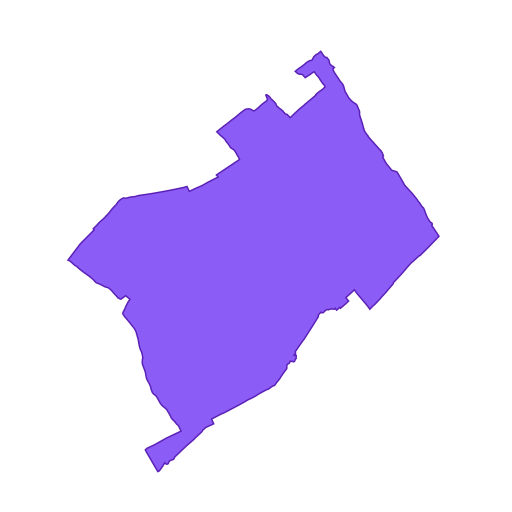 outline of Draguseni, Iasi, Romania, rotated 162°
{"feature_id": "2599482B87373690339338", "entity_name": "Draguseni", "entity_type": "district", "adm_level": 2, "iso_a3": "ROU", "parent_name": "Romania", "parent_adm1": "Iasi", "projection": "orthographic", "projection_center": [27.486, 46.891], "detail": "fine", "context": "isolated", "style": "filled", "palette": "violet", "viewbox_px": 512, "rotation_deg": 162, "n_neighbors": 0, "source": "geoboundaries", "source_scale": "gbopen_adm2", "svg_char_len": 6107}
<svg xmlns="http://www.w3.org/2000/svg" viewBox="0 0 512 512"><g transform="rotate(162 256 256)"><path d="M364.1,352.2L367.3,351.6L369.0,350.9L370.5,350.1L373.4,347.9L374.9,347.2L378.2,345.3L382.9,342.2L384.5,341.2L386.2,340.5L387.1,339.8L391.0,337.9L393.7,336.8L396.2,335.5L397.5,334.7L402.4,332.2L402.0,330.8L419.3,321.9L436.1,310.2L434.3,308.4L433.6,307.3L432.1,304.6L431.4,303.4L429.4,301.0L428.6,299.3L425.6,294.7L420.6,288.0L418.0,283.7L416.6,280.5L415.7,279.5L413.0,277.3L409.6,273.8L408.8,273.1L406.4,271.5L405.8,270.8L404.2,268.1L403.1,265.5L402.3,263.6L400.8,260.4L400.2,258.8L399.5,258.4L398.9,257.5L398.5,257.0L397.9,256.7L396.4,257.1L392.3,258.5L389.2,253.9L392.3,251.4L395.8,247.9L396.7,246.6L399.9,243.5L400.4,242.6L400.5,242.1L400.2,240.7L399.3,237.9L398.1,235.3L394.0,224.3L393.7,222.3L393.5,220.7L393.6,218.4L393.7,216.2L393.8,213.3L394.6,207.7L394.8,206.3L394.9,202.9L394.6,201.0L394.5,199.6L394.8,195.9L395.1,194.2L396.0,192.7L397.0,190.2L397.4,188.6L397.4,187.1L397.1,180.5L397.2,179.2L397.9,174.3L397.9,172.3L397.0,167.7L396.6,164.1L396.9,162.6L396.9,161.7L396.8,158.6L396.4,157.1L396.0,156.4L394.6,154.3L393.9,152.5L392.6,145.8L391.9,143.6L391.2,142.2L389.1,138.9L388.4,137.6L386.8,130.4L386.8,129.3L386.5,127.8L385.5,125.5L384.6,123.9L383.3,120.4L382.7,119.6L382.1,118.1L381.4,112.6L396.9,110.6L411.8,107.7L419.1,106.8L421.2,105.8L420.7,103.1L416.0,81.3L414.8,81.4L414.1,81.7L409.8,84.8L407.2,87.1L406.4,87.5L406.3,86.7L406.1,86.3L405.5,85.7L405.0,85.5L404.1,85.5L403.4,85.9L402.3,87.3L401.6,87.7L400.5,88.0L398.1,88.0L397.2,88.2L396.5,88.6L395.5,89.9L381.1,96.8L371.5,100.9L369.5,102.0L362.8,105.1L361.6,105.8L360.3,106.9L358.1,107.8L357.7,108.1L356.9,108.4L356.2,108.5L348.1,109.5L348.6,114.7L337.7,116.5L334.9,116.7L318.7,119.5L311.4,120.9L308.2,121.7L305.3,122.0L300.3,122.8L295.3,124.1L287.6,125.5L286.7,125.6L285.5,125.5L280.2,127.2L278.9,127.1L278.3,127.2L274.9,129.7L273.3,130.6L270.8,132.4L269.1,133.9L264.0,137.7L261.7,139.2L261.2,140.3L260.3,142.7L259.7,143.3L257.4,143.7L257.0,144.1L256.0,145.4L254.9,145.0L253.3,143.9L252.6,143.7L251.9,143.9L251.0,145.0L249.6,146.1L249.3,146.5L249.1,147.4L248.5,148.7L248.6,149.3L248.8,149.7L249.1,149.7L250.1,149.5L250.4,149.6L250.6,149.9L248.3,151.4L248.3,152.5L248.2,152.9L238.1,160.6L236.1,161.9L223.2,172.5L215.3,179.2L215.4,180.0L214.9,180.6L211.7,182.5L210.9,181.7L210.1,181.3L209.2,181.5L206.5,182.9L205.6,183.1L205.3,183.0L204.7,183.0L203.9,182.5L203.5,182.6L202.7,182.4L201.7,182.6L201.2,182.5L200.9,182.3L200.5,182.3L199.9,182.1L198.0,181.2L196.8,181.8L196.6,181.4L196.6,181.0L196.1,179.6L193.3,180.7L192.2,181.3L191.8,180.2L185.3,182.9L181.8,184.6L182.5,186.1L183.3,188.7L174.8,192.5L172.9,193.5L171.7,189.6L170.3,186.1L165.9,175.4L165.1,173.2L164.2,170.2L159.7,172.6L158.1,173.2L155.3,174.7L150.9,177.1L149.9,177.8L142.8,181.8L142.0,182.4L136.5,185.7L134.1,187.2L133.7,187.7L133.4,188.3L133.0,188.6L132.2,188.9L122.0,194.6L115.2,198.8L111.8,200.8L110.5,201.5L107.5,202.7L101.1,205.7L100.5,205.8L100.0,205.7L89.8,210.8L75.9,218.2L78.6,228.1L79.1,229.4L79.3,230.9L78.6,231.5L78.5,232.0L78.5,232.9L79.2,233.7L80.0,235.1L81.0,238.8L81.2,240.1L81.5,243.8L81.5,245.2L81.6,246.6L81.5,247.5L81.7,248.4L81.8,249.6L81.9,250.2L82.3,250.7L82.8,251.6L84.0,256.0L84.8,257.9L85.3,259.9L86.8,263.9L88.0,267.0L92.7,277.3L94.1,284.3L95.8,291.9L96.0,292.4L96.6,293.0L99.6,295.0L100.5,295.8L103.6,304.0L104.7,309.6L104.8,311.2L104.5,311.7L103.9,311.8L104.0,314.9L104.8,317.9L105.5,319.1L106.7,321.9L108.3,325.4L109.2,327.7L110.2,329.7L111.3,332.5L112.0,333.6L112.0,334.2L112.3,334.8L112.4,335.8L113.3,338.1L113.9,340.3L114.3,342.7L114.1,343.4L114.1,343.8L114.3,344.1L114.4,344.6L114.1,345.1L114.0,348.7L113.8,350.0L114.0,350.4L114.0,351.6L113.8,352.4L113.9,354.6L114.1,355.2L113.9,355.7L113.9,358.4L113.7,358.7L113.7,359.0L113.1,360.4L112.8,362.0L113.1,364.5L113.3,367.9L113.8,369.4L116.0,372.1L117.3,374.2L118.9,377.8L119.1,378.7L119.8,382.3L120.4,384.8L120.4,386.0L120.2,390.5L120.3,391.8L120.6,392.9L122.2,396.9L122.6,398.8L123.8,402.9L124.5,405.3L124.9,407.3L125.2,409.6L124.9,410.4L123.2,411.0L123.8,412.1L124.9,413.3L126.0,414.9L126.3,415.6L126.4,416.7L126.4,417.2L126.2,418.2L126.2,419.1L126.2,420.0L126.3,420.6L126.8,421.4L127.3,423.0L128.7,423.6L129.1,424.2L130.1,426.6L131.0,430.3L131.1,430.6L131.3,430.7L132.5,430.1L134.3,429.4L135.2,429.1L136.6,429.0L138.2,428.3L139.6,427.5L141.2,426.0L141.7,425.4L142.5,424.9L144.4,425.2L146.3,424.9L148.5,424.3L150.4,423.4L152.5,422.6L158.6,420.7L161.6,419.5L160.1,416.8L159.6,416.3L158.7,415.6L156.1,414.5L155.6,413.9L154.1,410.4L148.8,411.8L146.1,412.7L143.8,413.3L143.6,413.2L142.6,409.7L141.6,407.6L141.1,406.3L140.5,403.7L139.3,399.6L138.2,397.0L138.0,395.5L141.4,393.9L142.6,393.5L144.8,392.9L149.1,391.2L149.3,391.0L149.3,390.5L156.9,387.4L158.9,386.7L160.5,385.9L161.2,385.6L161.9,385.5L162.9,384.9L170.0,382.1L178.2,378.2L180.3,377.1L180.5,377.0L180.9,377.2L181.2,378.3L181.8,379.1L182.5,380.8L182.8,381.2L184.5,382.2L184.7,383.4L185.3,384.3L185.6,385.6L186.3,386.5L186.8,387.6L187.9,388.9L189.9,392.4L190.0,392.7L190.1,393.9L190.1,394.8L190.3,395.3L190.8,396.3L191.0,397.0L191.7,398.1L192.2,399.4L192.7,399.9L193.1,400.6L193.6,402.4L193.8,403.0L194.0,403.3L194.3,403.5L194.4,404.1L194.8,404.7L195.9,406.0L196.3,406.2L196.8,406.1L197.0,405.4L196.8,404.6L196.7,402.8L196.8,402.0L196.7,401.2L196.9,400.9L198.9,400.0L201.1,399.3L204.7,397.9L207.8,396.4L211.1,395.1L212.2,394.8L213.0,394.7L213.4,394.7L213.9,395.2L215.6,397.1L216.5,397.8L217.3,398.2L218.0,398.4L220.8,398.8L225.6,397.2L233.4,394.1L237.0,392.9L242.8,390.7L245.9,389.7L254.9,386.3L254.0,384.5L253.6,383.8L252.7,381.9L251.0,379.3L249.5,376.5L249.0,374.1L248.0,371.7L247.3,369.5L247.0,367.9L246.6,366.7L244.5,364.2L244.1,363.4L243.7,362.4L243.2,360.6L242.7,357.7L242.2,355.8L241.9,354.5L241.9,353.1L241.9,352.8L242.1,352.8L265.5,346.2L268.7,345.3L268.7,345.1L267.8,343.7L267.7,342.8L279.0,341.0L285.8,339.6L292.4,339.0L299.4,338.1L300.2,343.5L303.2,343.5L316.2,344.9L326.9,346.3L336.7,347.7L349.0,349.8L352.5,349.9L357.5,350.9L360.6,351.0L363.0,351.5L364.1,352.2Z" fill="#8b5cf6" stroke="#5b21b6" stroke-width="1.5"/></g></svg>